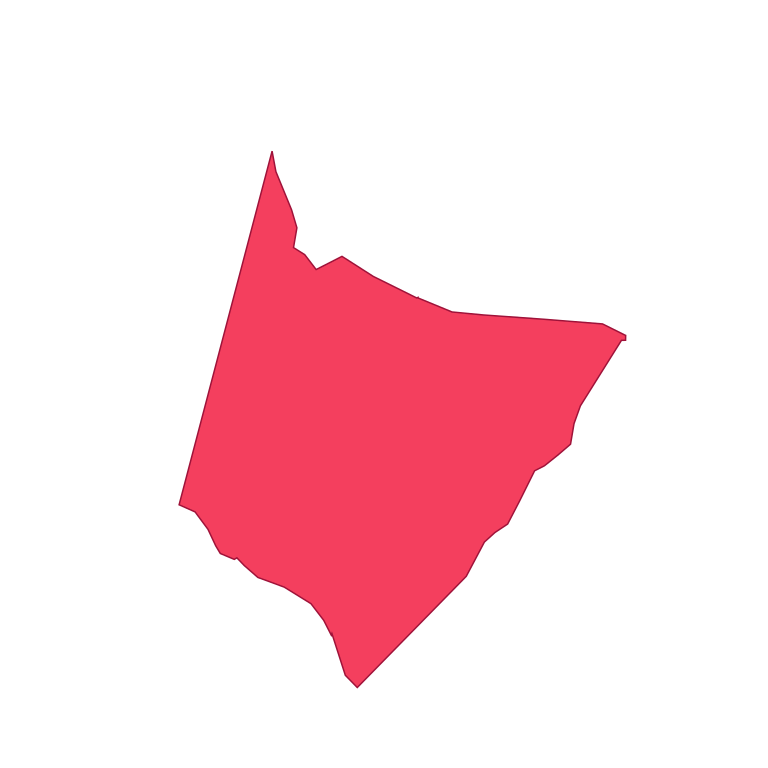 outline of Ravine Claire, Soufrière, Saint Lucia, rotated 333°
{"feature_id": "8701671B59921054204413", "entity_name": "Ravine Claire", "entity_type": "district", "adm_level": 2, "iso_a3": "LCA", "parent_name": "Saint Lucia", "parent_adm1": "Soufrière", "projection": "equal_earth", "projection_center": [-61.028, 13.854], "detail": "fine", "context": "isolated", "style": "filled", "palette": "rose", "viewbox_px": 768, "rotation_deg": 333, "n_neighbors": 0, "source": "geoboundaries", "source_scale": "gbopen_adm2", "svg_char_len": 771}
<svg xmlns="http://www.w3.org/2000/svg" viewBox="0 0 768 768"><g transform="rotate(333 384 384)"><path d="M390.0,125.7L146.6,398.6L157.6,412.2L161.2,433.6L160.6,451.7L161.2,460.7L171.0,472.3L174.0,472.1L177.1,482.4L183.8,499.1L202.9,519.7L219.2,546.6L223.0,567.2L223.0,583.9L224.3,582.7L217.3,626.0L222.4,642.3L370.0,592.7L401.7,570.4L415.4,566.7L430.6,564.9L451.3,550.1L478.8,529.7L489.8,529.7L507.7,526.0L522.9,522.3L535.3,505.6L549.1,492.6L615.4,452.9L619.1,454.7L621.4,450.4L620.8,449.7L606.0,429.7L557.0,399.6L503.9,367.6L477.3,350.7L453.3,322.7L453.6,322.3L452.9,322.2L452.2,322.2L448.0,316.5L423.3,283.3L404.5,251.2L375.5,251.2L372.1,232.8L365.3,221.4L377.3,205.3L380.7,187.0L384.1,145.7L390.0,125.7Z" fill="#f43f5e" stroke="#9f1239" stroke-width="1.5"/></g></svg>